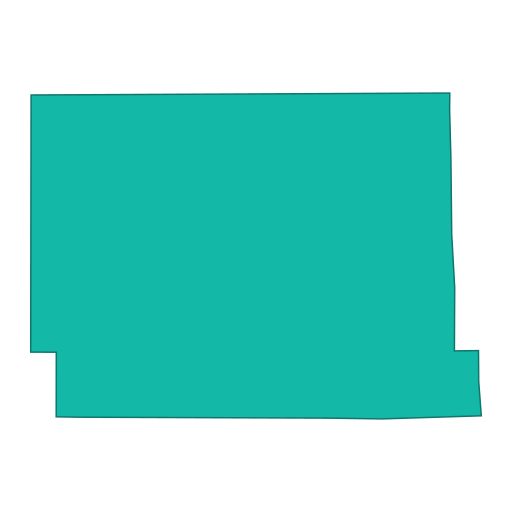 Box Butte, Nebraska, United States of America (Robinson projection)
{"feature_id": "52423323B65677119819091", "entity_name": "Box Butte", "entity_type": "district", "adm_level": 2, "iso_a3": "USA", "parent_name": "United States of America", "parent_adm1": "Nebraska", "projection": "robinson", "projection_center": [-102.94, 42.22], "detail": "fine", "context": "isolated", "style": "filled", "palette": "teal", "viewbox_px": 512, "rotation_deg": 0, "n_neighbors": 0, "source": "geoboundaries", "source_scale": "gbopen_adm2", "svg_char_len": 340}
<svg xmlns="http://www.w3.org/2000/svg" viewBox="0 0 512 512"><path d="M481.3,415.8L478.7,381.3L478.5,350.6L454.4,350.9L454.7,287.6L451.7,234.0L450.9,158.3L449.6,109.3L449.8,93.1L435.4,93.1L31.1,95.0L30.7,352.1L56.3,352.2L56.2,416.8L79.4,417.2L327.6,418.1L381.9,418.9L481.3,415.8Z" fill="#14b8a6" stroke="#0f766e" stroke-width="1.5"/></svg>